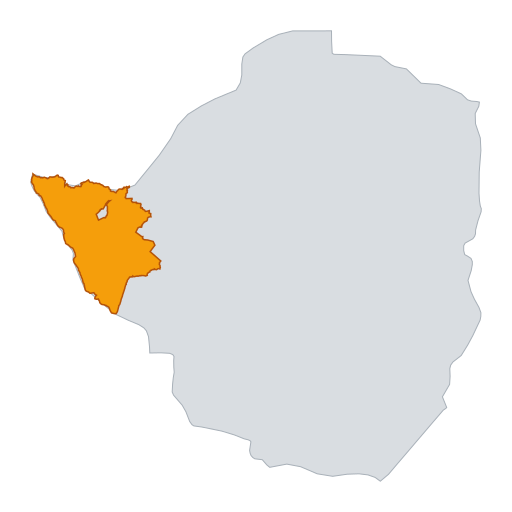 Hwange, Matabeleland North, Zimbabwe (highlighted)
{"feature_id": "62879985B77670672881921", "entity_name": "Hwange", "entity_type": "district", "adm_level": 2, "iso_a3": "ZWE", "parent_name": "Zimbabwe", "parent_adm1": "Matabeleland North", "projection": "robinson", "projection_center": [26.512, -18.839], "detail": "fine", "context": "in_parent", "style": "filled", "palette": "amber", "viewbox_px": 512, "rotation_deg": 0, "n_neighbors": 0, "source": "geoboundaries", "source_scale": "gbopen_adm2", "svg_char_len": 7921}
<svg xmlns="http://www.w3.org/2000/svg" viewBox="0 0 512 512"><path d="M380.3,481.2L375.1,477.4L368.0,474.9L358.9,473.8L347.2,474.2L332.7,476.3L317.2,473.8L300.6,466.7L286.8,464.1L270.4,467.2L269.7,467.3L266.8,464.9L262.3,459.7L254.8,458.8L252.8,457.5L251.1,455.6L250.1,453.1L249.6,450.4L250.9,441.8L250.2,440.8L248.2,439.8L244.1,438.8L234.3,434.9L221.8,431.1L201.7,427.0L193.8,425.9L192.0,424.7L189.7,421.5L185.9,411.7L182.2,405.2L173.6,395.2L172.2,392.0L172.6,384.1L173.3,377.6L174.2,372.2L173.8,367.1L173.7,360.7L174.0,356.5L172.8,354.6L169.7,353.3L160.7,352.8L149.8,353.0L149.5,346.6L148.5,336.6L146.4,330.8L143.9,327.9L138.9,324.7L128.8,320.5L115.0,314.0L103.3,304.4L89.7,292.4L85.5,290.4L80.5,279.1L72.9,259.9L73.4,253.5L72.3,250.4L64.9,241.0L63.2,236.1L61.9,231.1L50.2,217.3L46.1,211.3L43.1,203.5L40.0,197.3L37.5,194.8L34.1,190.6L31.8,185.8L30.7,182.2L31.6,177.4L32.7,174.1L43.9,177.5L50.0,177.8L54.8,176.2L60.7,178.4L67.8,184.7L75.5,185.9L83.8,182.0L95.1,183.2L109.2,189.4L121.0,190.6L134.9,185.1L147.4,169.8L159.2,155.3L170.7,138.7L177.7,125.3L187.9,114.3L201.4,105.9L215.1,98.8L236.1,90.1L240.3,82.9L241.8,75.0L241.8,64.1L242.9,57.0L245.1,53.8L248.6,51.3L253.1,48.0L267.0,39.7L278.6,34.4L292.7,30.9L308.2,30.9L323.0,30.9L331.5,30.8L331.6,41.3L332.2,53.2L333.8,54.3L345.0,54.6L362.9,55.4L380.2,56.2L391.2,64.8L394.9,66.6L406.4,68.9L421.0,83.2L438.6,84.5L450.7,89.0L461.4,93.9L467.5,99.8L471.4,101.1L476.8,101.5L479.4,102.1L478.8,106.3L475.2,113.5L475.5,123.8L480.3,138.0L480.9,150.4L479.2,172.2L479.0,193.4L479.5,200.9L480.3,206.0L481.3,208.7L481.1,211.8L478.0,220.7L475.6,230.0L475.5,233.8L474.6,236.4L472.8,238.8L465.1,243.1L463.7,245.7L463.7,250.6L464.7,254.6L467.5,256.1L471.0,258.4L472.3,261.5L472.3,264.7L471.2,270.6L468.0,280.4L471.0,291.7L474.3,299.0L479.0,307.5L480.9,312.7L480.8,316.5L480.1,320.1L472.8,335.6L467.6,345.2L461.2,355.5L452.9,362.0L450.7,365.1L449.8,368.6L450.1,376.4L449.6,384.4L442.4,396.8L446.7,407.5L445.7,408.5L443.3,410.1L433.0,422.1L422.6,434.3L415.0,443.2L406.4,453.3L396.7,464.6L388.5,474.3L380.3,481.2Z" fill="#d9dde1" stroke="#a8b0b8" stroke-width="1"/><path d="M129.3,186.2L127.7,187.0L127.3,187.0L126.6,186.6L126.1,187.2L125.7,187.3L123.9,187.2L123.6,187.7L123.9,188.4L123.9,188.5L123.6,188.7L122.4,188.5L122.3,189.2L122.1,189.4L120.3,189.0L119.1,189.1L118.2,189.9L117.4,190.9L116.4,191.7L116.0,192.2L116.2,192.7L115.9,192.8L114.9,192.4L113.6,191.5L111.1,191.4L110.5,191.1L110.4,190.9L110.6,190.3L110.6,190.1L110.0,189.4L109.1,188.9L108.8,187.4L108.2,186.9L107.1,186.8L105.5,187.1L104.8,186.7L103.9,186.6L103.0,185.5L102.7,185.3L102.3,185.4L101.7,184.7L101.1,184.7L100.5,184.5L99.8,183.7L99.3,183.5L97.8,183.6L96.0,183.0L94.9,183.4L94.1,183.3L93.7,183.5L92.7,182.5L92.3,182.3L90.1,182.3L88.9,181.0L88.9,180.5L88.4,179.9L86.7,181.0L85.9,181.6L85.1,181.8L84.6,182.3L84.0,182.1L83.6,182.6L83.1,182.3L82.0,182.9L81.7,182.8L81.2,183.3L80.9,183.3L80.8,183.5L81.0,184.1L81.3,184.2L81.8,184.2L82.0,184.3L81.3,185.1L81.4,185.6L81.1,186.0L81.1,186.4L80.8,186.7L80.1,186.3L79.7,186.5L78.7,186.4L78.3,185.9L77.7,186.4L76.5,186.1L76.0,186.3L75.4,186.4L74.4,187.7L74.0,188.0L73.4,187.7L73.1,187.9L72.3,187.5L70.9,187.8L70.6,187.1L69.4,186.7L69.0,186.8L68.6,186.2L67.9,186.1L67.7,185.5L67.8,184.7L67.0,184.5L66.9,183.9L66.3,184.4L65.9,185.2L64.9,185.8L64.7,186.1L64.7,182.9L65.1,181.8L65.3,180.6L64.4,180.2L63.7,179.7L63.6,178.6L62.7,178.1L62.2,177.5L61.8,177.4L61.2,177.7L60.2,177.2L58.6,176.9L58.3,176.2L58.3,175.5L57.9,175.2L57.4,175.1L56.6,175.4L55.1,176.7L53.7,177.1L53.0,177.0L52.0,177.3L51.4,177.0L49.8,176.9L48.5,178.3L47.6,178.7L46.7,178.4L46.7,178.2L45.6,177.7L44.2,177.2L42.8,177.9L42.1,177.6L40.7,177.8L39.8,177.3L39.1,176.6L37.9,177.0L35.7,176.1L33.0,173.9L33.1,175.6L32.1,177.6L31.6,179.4L31.8,181.0L31.5,181.7L31.5,182.0L32.4,183.7L32.8,184.2L33.1,184.3L33.3,184.6L34.1,187.0L34.1,188.2L35.1,190.7L36.1,192.0L36.3,193.0L37.1,193.2L38.8,194.0L39.0,194.3L39.0,195.1L39.1,195.4L39.5,195.7L40.3,195.7L40.7,195.9L42.1,198.2L42.4,198.9L42.4,199.5L43.5,201.3L43.6,202.0L43.7,202.3L44.2,202.9L44.6,204.5L44.5,205.1L45.3,206.2L46.3,208.5L46.8,208.9L47.8,211.8L47.8,212.5L48.0,213.1L51.1,216.7L51.5,217.5L52.8,219.5L53.7,220.2L55.0,220.6L55.4,220.9L55.7,222.0L56.4,222.9L56.9,224.2L57.9,225.8L59.5,227.2L60.3,227.4L61.8,228.0L63.2,229.4L63.5,230.1L63.6,231.9L64.1,233.0L64.4,233.4L63.7,234.2L63.8,234.9L63.7,235.7L64.0,237.9L64.6,240.4L65.3,241.4L65.5,242.5L65.5,242.9L65.7,243.5L66.4,244.0L66.9,244.1L67.4,244.7L67.9,244.7L68.5,245.1L69.7,246.3L71.4,247.6L72.2,247.8L72.5,248.0L72.9,248.4L73.9,250.3L74.1,251.1L75.0,252.9L75.6,256.5L73.9,258.5L73.6,259.8L73.7,261.1L73.8,261.6L74.4,263.1L75.5,264.4L78.2,268.3L78.4,268.7L78.4,270.2L79.1,271.1L79.4,271.8L79.9,272.4L80.2,274.2L81.1,275.9L81.5,277.5L82.2,278.6L83.2,282.8L84.0,283.6L84.0,284.2L84.4,285.5L84.7,287.8L85.0,288.2L85.1,289.1L85.6,290.6L87.2,291.6L87.8,291.8L88.3,291.8L90.0,293.3L93.9,292.7L94.7,293.9L95.2,294.5L96.5,295.2L95.5,296.4L94.9,297.7L94.8,298.7L95.4,298.8L96.1,299.3L98.4,299.0L98.7,299.9L99.3,300.5L99.8,302.7L100.8,303.8L102.0,304.5L104.3,304.8L104.8,305.0L105.4,305.5L106.2,305.5L106.8,306.1L108.0,306.6L108.9,307.3L109.3,308.2L110.2,310.7L111.5,312.9L114.2,313.6L116.2,313.6L117.4,311.6L118.9,305.8L118.8,305.6L119.7,304.6L120.8,301.1L121.2,299.2L122.4,296.1L122.6,294.9L123.4,292.6L124.9,288.0L124.8,287.8L125.8,284.7L126.3,284.3L126.1,283.5L126.3,283.2L126.3,282.9L126.9,282.1L127.2,281.3L127.1,280.8L127.6,279.9L129.3,277.7L129.5,277.2L129.9,277.2L130.1,276.9L131.3,277.0L131.7,276.7L132.4,276.9L133.3,276.6L133.2,276.3L133.7,276.6L134.2,276.7L137.2,276.0L137.5,276.2L138.0,276.1L138.8,276.1L139.5,275.7L140.0,275.8L140.2,275.6L141.0,275.8L141.5,275.5L144.1,275.6L145.5,276.0L145.9,275.8L146.7,275.7L147.2,275.4L147.0,275.1L147.2,274.6L147.2,274.0L147.7,273.4L147.7,273.2L149.2,272.1L149.8,272.0L149.9,271.2L151.0,270.2L151.4,270.1L151.4,270.3L151.6,270.2L152.4,269.6L153.4,269.5L153.9,269.7L154.3,269.5L154.4,268.9L155.4,269.5L156.3,269.7L156.7,269.6L157.9,268.7L159.1,268.6L159.9,269.0L160.0,268.8L159.9,268.0L160.3,267.6L160.3,267.2L160.0,266.6L160.1,265.8L159.7,264.9L159.4,264.6L159.3,264.2L159.6,263.2L159.4,262.9L159.5,262.7L160.8,261.0L150.1,251.6L154.9,245.2L153.2,241.5L147.7,240.0L144.2,239.7L142.6,238.6L142.8,236.6L141.9,236.7L135.8,232.2L138.0,227.8L139.7,227.0L140.3,227.2L140.5,227.0L140.8,227.2L141.6,227.2L141.8,226.5L141.5,225.9L141.6,225.4L141.9,225.1L142.3,225.0L142.3,224.4L142.8,223.9L143.4,223.0L144.0,222.6L144.2,222.0L144.5,221.8L144.9,221.9L146.0,221.2L146.6,221.1L147.3,220.1L147.6,218.0L148.3,217.3L149.8,216.8L151.0,216.8L150.6,215.1L150.8,213.7L150.7,213.5L149.7,213.4L148.9,212.9L149.3,212.0L149.3,210.6L148.3,210.9L148.0,211.1L147.7,211.0L147.2,211.2L145.4,211.4L145.1,211.0L144.6,210.1L143.6,209.7L143.4,209.4L142.8,209.4L142.3,207.8L141.3,207.9L141.2,208.1L140.6,207.9L140.5,207.7L140.5,206.9L140.9,206.3L140.7,205.4L141.0,204.4L140.6,203.5L140.1,203.6L138.6,203.3L138.0,203.4L137.4,203.3L137.0,203.4L136.8,202.8L136.2,202.9L136.1,202.2L134.8,202.4L133.7,202.3L133.0,202.5L132.8,202.1L131.7,201.6L131.3,200.3L132.1,199.2L132.0,198.4L126.1,198.6L125.8,197.9L125.2,197.6L125.2,197.2L125.7,196.3L125.9,195.8L125.8,194.9L126.0,194.4L126.0,193.7L126.2,193.4L127.2,192.8L127.3,192.5L127.4,192.1L127.2,191.7L127.2,190.9L127.0,190.6L127.4,190.2L127.1,189.9L127.1,189.1L126.9,188.5L128.3,187.9L128.6,187.6L129.2,187.5L129.5,186.6L129.3,186.2ZM105.7,204.5L105.6,204.1L107.9,201.4L108.9,200.6L109.4,200.9L109.9,200.8L108.6,201.9L106.7,204.3L106.6,205.3L107.4,206.4L107.4,210.6L107.2,210.8L107.4,211.3L107.4,211.6L107.7,212.0L107.2,214.8L106.8,215.2L106.9,215.5L106.7,215.8L106.2,216.0L106.0,216.7L105.6,217.2L105.6,217.6L105.2,217.9L104.9,217.9L104.7,217.5L103.8,217.6L98.5,220.1L96.2,214.2L98.0,212.7L100.0,210.7L99.7,210.4L100.3,209.6L101.2,209.4L101.4,209.3L101.4,208.8L101.8,208.7L102.0,208.9L103.2,208.9L105.7,204.5Z" fill="#f59e0b" stroke="#b45309" stroke-width="1.5"/></svg>